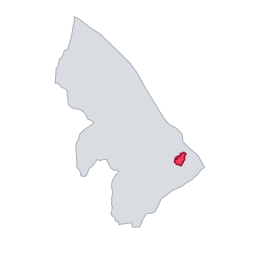 Senjeh, Bomi, Liberia (highlighted), rotated 193°
{"feature_id": "62588387B88523823709040", "entity_name": "Senjeh", "entity_type": "district", "adm_level": 2, "iso_a3": "LBR", "parent_name": "Liberia", "parent_adm1": "Bomi", "projection": "robinson", "projection_center": [-10.869, 6.837], "detail": "fine", "context": "in_parent", "style": "filled", "palette": "rose", "viewbox_px": 256, "rotation_deg": 193, "n_neighbors": 0, "source": "geoboundaries", "source_scale": "gbopen_adm2", "svg_char_len": 3795}
<svg xmlns="http://www.w3.org/2000/svg" viewBox="0 0 256 256"><g transform="rotate(193 128 128)"><path d="M44.6,106.7L46.8,104.7L50.0,98.1L54.4,91.7L58.5,88.0L61.8,84.1L65.2,81.1L70.2,77.7L77.7,68.5L79.5,67.5L80.7,61.2L82.6,53.1L84.8,50.6L90.0,49.1L91.2,47.7L93.0,42.1L94.2,35.5L94.3,34.1L96.3,33.9L99.8,32.5L101.8,33.1L102.7,35.0L103.1,36.6L113.7,32.5L114.6,31.6L115.1,31.8L116.5,35.5L117.2,35.3L117.9,34.2L118.6,34.1L119.4,34.6L120.2,36.3L121.5,37.9L123.8,39.0L125.3,40.5L125.1,44.4L125.7,48.3L126.7,49.2L127.2,51.5L127.5,54.0L128.0,55.3L128.4,57.9L128.2,60.6L128.6,62.5L130.3,65.8L131.3,70.0L131.3,73.0L130.7,76.1L129.6,79.0L127.7,82.1L127.5,83.3L128.7,84.1L130.4,84.2L131.9,83.6L135.6,85.0L137.6,87.1L139.3,89.6L140.9,90.9L141.6,92.5L144.2,92.0L147.3,90.5L147.9,89.8L148.8,90.2L150.8,90.3L152.2,87.6L153.3,84.4L155.7,80.9L156.8,79.6L157.1,77.4L157.3,74.6L158.1,72.1L160.1,70.7L162.2,70.8L163.4,71.3L164.0,73.7L165.7,75.5L167.1,76.7L167.9,77.2L169.1,78.7L170.3,83.5L174.9,99.0L174.6,103.3L173.7,106.1L173.7,108.9L173.4,111.6L170.6,116.0L162.4,125.1L163.1,125.9L165.0,126.9L167.0,127.5L168.7,127.2L170.7,129.4L172.9,132.3L175.3,133.8L178.7,135.1L181.6,135.2L184.1,134.7L187.7,135.3L191.5,137.7L192.8,141.6L193.7,144.9L195.0,146.7L195.2,149.6L197.9,152.2L201.7,152.7L206.7,155.7L208.0,155.6L208.5,155.2L209.1,155.8L210.4,164.5L211.4,169.2L210.9,171.0L210.2,172.5L210.2,179.6L207.9,183.6L207.6,188.1L206.9,189.5L204.5,190.8L204.5,194.2L203.9,198.3L203.6,202.7L204.3,214.2L204.5,222.7L205.5,224.4L200.9,223.6L187.1,217.1L176.5,213.4L141.1,192.0L131.2,183.4L119.8,170.6L94.6,144.9L88.8,140.8L81.6,138.8L77.1,136.6L73.9,134.2L71.3,127.1L65.0,122.8L53.4,116.8L44.6,106.7Z" fill="#d9dde1" stroke="#a8b0b8" stroke-width="1"/><path d="M75.0,105.3L74.9,105.2L74.6,105.1L74.4,104.9L74.0,104.6L73.9,104.5L73.5,104.3L73.1,104.0L72.5,103.7L72.4,103.6L72.2,103.5L71.7,103.6L71.4,103.7L71.2,103.6L70.7,103.8L70.5,103.7L70.1,103.7L69.6,103.5L69.2,103.4L68.3,103.2L67.9,103.2L67.7,103.3L67.7,103.5L67.8,103.6L67.8,103.8L67.7,103.9L67.5,104.0L67.3,104.2L67.3,104.3L67.4,104.5L67.5,104.6L67.5,105.3L67.5,105.5L67.3,105.7L67.3,105.8L67.2,105.8L67.1,106.1L66.9,106.2L66.8,106.5L67.0,106.9L66.9,106.9L66.7,107.0L66.8,107.1L66.8,107.3L66.7,107.5L66.6,107.8L66.6,108.0L66.4,108.3L66.3,108.6L66.2,108.8L66.1,109.1L65.9,109.3L65.7,109.5L65.7,109.8L65.7,110.0L65.7,110.3L65.8,110.5L66.0,110.8L66.2,111.0L66.3,111.1L66.5,111.3L66.5,111.5L66.6,111.8L66.3,112.0L66.2,112.0L66.2,112.4L66.2,112.5L66.2,113.0L66.2,113.4L66.3,113.5L66.3,113.8L66.4,114.0L66.4,114.4L66.4,114.6L66.1,114.8L66.0,115.0L66.1,115.4L65.9,115.5L65.7,115.6L65.8,115.7L65.8,115.8L66.0,116.0L66.3,116.2L66.5,116.2L66.7,116.3L66.9,116.5L67.2,116.6L67.3,116.6L67.5,116.7L68.4,116.7L68.6,116.6L68.7,116.2L68.8,116.2L69.0,116.1L69.3,115.7L69.6,115.2L70.0,115.1L70.3,115.1L70.9,115.0L71.0,115.0L70.8,114.7L71.0,114.5L71.0,114.2L70.8,114.0L70.7,113.9L70.6,113.7L70.5,113.4L70.4,113.2L70.4,112.8L70.5,112.6L70.9,112.3L71.0,112.4L71.3,112.4L71.5,112.4L71.6,112.5L71.8,112.4L71.8,112.2L71.9,112.3L72.0,112.4L72.1,112.5L72.2,112.4L72.3,112.3L72.2,112.1L72.3,112.1L72.5,112.0L72.5,111.9L72.5,111.7L72.6,111.4L72.8,111.4L72.7,111.3L72.7,111.2L72.8,111.1L72.9,110.9L73.0,110.9L73.1,111.0L73.2,110.9L73.3,110.8L73.5,110.9L73.6,111.0L73.8,111.2L73.7,110.9L73.8,110.8L73.8,110.7L74.0,110.6L73.8,110.5L73.8,110.4L73.8,110.2L73.5,109.7L73.4,109.6L73.0,109.2L73.0,108.9L73.0,108.7L73.1,108.4L73.3,108.4L73.7,108.6L73.9,108.8L74.1,108.9L74.1,109.0L74.4,109.2L74.6,109.4L74.9,109.3L75.0,109.3L74.9,109.1L74.9,108.9L74.9,108.7L75.1,108.4L75.0,108.2L74.9,107.9L75.1,107.8L75.2,107.7L75.1,107.4L75.0,107.2L74.9,107.0L74.9,106.9L74.8,106.7L75.0,106.5L75.1,106.4L75.0,106.2L75.2,105.9L75.1,105.7L75.1,105.4L75.0,105.3Z" fill="#f43f5e" stroke="#9f1239" stroke-width="1.5"/></g></svg>